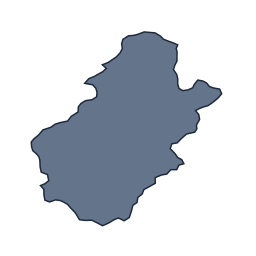 outline of Divinésia, Minas Gerais, Brazil, rotated 260°
{"feature_id": "56859067B81533009711708", "entity_name": "Divinésia", "entity_type": "district", "adm_level": 2, "iso_a3": "BRA", "parent_name": "Brazil", "parent_adm1": "Minas Gerais", "projection": "natural_earth1", "projection_center": [-42.994, -20.992], "detail": "fine", "context": "isolated", "style": "filled", "palette": "slate", "viewbox_px": 256, "rotation_deg": 260, "n_neighbors": 0, "source": "geoboundaries", "source_scale": "gbopen_adm2", "svg_char_len": 1632}
<svg xmlns="http://www.w3.org/2000/svg" viewBox="0 0 256 256"><g transform="rotate(260 128 128)"><path d="M194.7,113.7L190.5,117.0L187.8,112.8L186.2,108.1L184.6,103.7L183.4,98.0L179.5,93.1L176.7,100.7L172.7,103.2L168.6,103.7L164.1,102.5L162.1,97.4L162.3,90.8L160.3,85.9L157.5,82.8L152.4,81.6L149.4,74.2L145.3,69.7L145.1,62.4L144.5,57.2L142.1,52.0L140.9,43.9L136.6,38.7L133.6,33.3L130.9,30.3L126.3,29.8L122.2,30.3L118.8,33.1L115.4,35.2L111.6,35.6L104.8,34.7L99.6,34.9L96.1,40.6L89.9,40.8L87.6,36.6L86.5,31.8L82.1,34.5L76.9,33.6L71.4,33.6L68.8,37.9L69.8,44.1L68.4,48.6L66.2,51.8L63.4,55.1L59.1,57.7L53.6,61.4L46.1,64.3L44.3,70.3L43.5,76.3L40.0,81.1L36.2,86.0L38.0,93.1L40.0,98.0L41.1,102.9L37.3,108.1L39.6,113.7L45.3,116.8L51.1,119.4L53.0,123.9L58.0,125.7L60.5,130.5L64.6,132.9L66.5,138.6L68.8,145.2L74.4,146.2L75.9,152.5L75.9,158.1L79.5,163.0L78.5,168.7L82.6,171.7L83.1,176.8L87.6,175.4L90.2,171.9L94.5,169.9L100.3,166.0L104.8,168.4L104.8,173.8L108.3,178.7L111.9,184.6L112.3,193.0L115.2,195.7L119.0,195.9L124.0,200.0L129.0,200.0L133.4,197.5L134.8,201.8L135.7,206.3L136.1,210.6L138.5,216.0L142.1,222.2L145.5,226.2L150.4,225.0L152.6,219.1L154.8,215.3L158.7,213.2L161.2,210.0L163.1,205.1L159.5,200.9L156.4,198.7L155.1,193.8L155.3,188.4L158.1,185.1L162.8,184.6L167.8,185.5L172.2,185.3L177.7,182.9L181.8,185.1L185.5,187.9L189.9,188.6L194.1,189.5L197.9,189.3L201.2,191.4L203.8,187.6L206.3,183.2L209.3,178.3L212.9,175.9L217.0,171.1L219.8,160.6L218.7,154.9L218.2,150.1L218.7,144.5L216.2,138.4L211.9,136.3L207.3,136.3L203.3,133.2L200.0,128.8L197.9,124.1L196.0,119.9L194.7,113.7Z" fill="#64748b" stroke="#1e293b" stroke-width="1.5"/></g></svg>